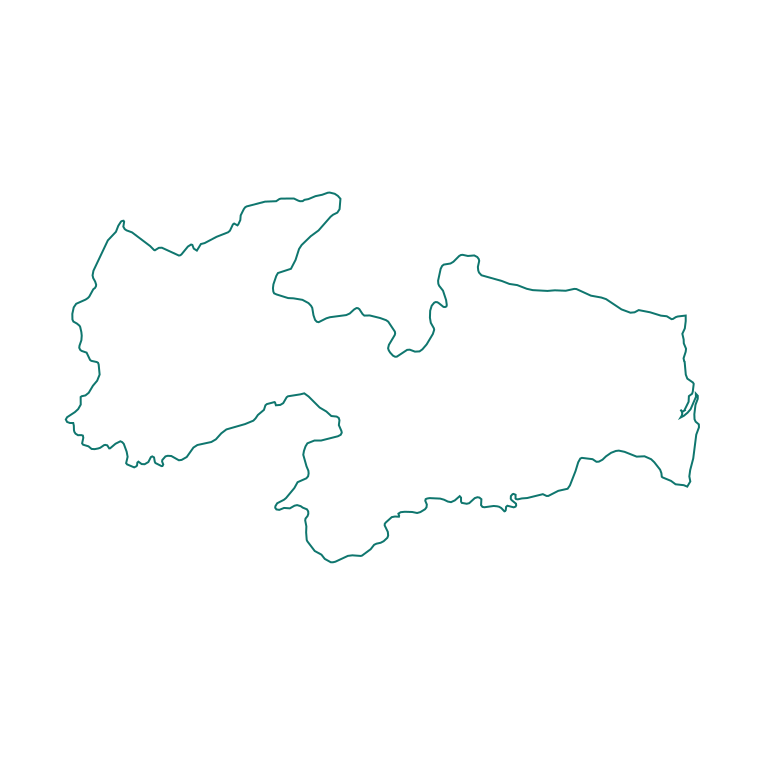 outline of Paraíba, rotated 7°
{"feature_id": "BRA-626", "entity_name": "Paraíba", "entity_type": "State", "adm_level": 1, "iso_a3": "BRA", "parent_name": "Brazil", "parent_adm1": "", "projection": "orthographic", "projection_center": [-36.992, -7.153], "detail": "fine", "context": "isolated", "style": "outline", "palette": "teal", "viewbox_px": 768, "rotation_deg": 7, "n_neighbors": 0, "source": "natural_earth", "source_scale": "10m", "svg_char_len": 6093}
<svg xmlns="http://www.w3.org/2000/svg" viewBox="0 0 768 768"><g transform="rotate(7 384 384)"><path d="M675.1,279.3L675.8,284.8L675.8,292.2L674.0,297.8L676.0,303.3L676.6,307.1L679.5,312.2L679.5,315.2L678.2,322.0L679.4,325.5L679.5,324.5L682.4,337.9L684.4,341.7L690.5,344.9L691.4,346.1L691.4,353.9L691.0,356.1L688.1,358.9L688.5,364.5L685.5,373.1L685.8,373.4L683.7,375.1L681.4,373.4L682.9,375.0L683.6,376.8L683.5,378.9L682.5,381.1L685.5,379.0L688.8,375.5L691.4,371.6L695.2,358.7L694.7,355.6L696.9,357.5L697.2,360.5L695.7,366.7L695.7,376.2L696.5,381.1L697.9,383.4L701.4,385.7L701.9,388.6L700.1,396.2L700.0,420.2L698.4,432.1L698.3,438.5L699.9,443.4L697.5,448.9L693.9,447.9L685.6,448.0L680.7,445.2L672.0,442.8L671.0,442.2L670.2,438.7L668.5,435.4L661.8,428.7L658.3,426.1L651.4,424.0L643.6,425.3L631.0,422.0L625.2,421.5L622.3,422.2L617.8,424.6L613.2,428.7L610.1,432.5L606.7,434.9L604.3,435.3L600.2,433.2L589.4,433.2L587.9,434.1L586.3,438.0L584.7,447.1L580.9,462.0L579.0,465.6L570.0,468.8L560.7,475.1L559.0,475.3L555.1,474.0L540.1,479.7L534.7,480.8L530.8,482.2L529.1,482.1L528.5,481.6L528.1,477.9L525.9,477.3L525.0,477.7L523.6,479.8L523.8,482.5L524.8,483.7L529.6,486.7L530.0,488.4L529.5,489.7L527.8,490.6L521.3,489.8L520.2,491.0L520.2,494.4L519.7,495.4L519.0,495.7L515.5,492.8L513.1,491.8L511.1,491.6L507.7,491.7L498.7,494.1L496.7,494.0L495.1,492.4L494.7,486.5L492.5,485.1L490.5,485.0L488.0,486.2L483.1,491.9L480.7,492.8L475.7,492.5L474.8,491.3L474.3,487.4L472.8,486.1L468.5,490.9L464.9,493.1L461.7,492.9L457.6,491.5L453.7,490.9L443.1,491.7L440.8,492.4L439.4,493.2L439.2,494.9L441.2,498.4L441.2,501.2L440.0,503.3L435.7,506.7L432.6,508.0L427.6,507.6L420.1,508.3L416.2,509.2L414.1,510.9L415.1,513.0L415.0,513.9L411.0,514.2L407.9,515.2L402.6,521.3L401.8,522.7L401.9,524.3L405.8,530.3L406.6,533.9L406.1,536.2L402.8,540.1L400.0,542.0L396.0,543.4L393.8,544.8L390.9,549.6L383.1,557.0L381.9,557.5L373.5,557.9L369.1,559.0L357.4,566.3L355.0,567.2L352.9,567.4L346.5,564.8L342.7,561.0L335.6,558.2L327.1,549.5L326.3,548.2L324.8,540.8L324.3,534.8L322.4,529.0L322.5,527.1L324.2,524.4L324.7,522.1L324.3,519.7L322.8,517.8L318.4,516.6L316.2,515.4L312.5,514.8L310.0,515.7L305.7,518.9L299.9,519.2L295.4,521.7L292.5,521.6L291.1,520.1L291.1,518.5L292.5,515.4L298.8,511.1L300.7,509.1L307.7,498.2L310.2,492.0L318.4,487.1L319.9,484.9L320.1,482.0L319.5,479.3L317.1,475.1L312.5,464.1L312.7,460.2L313.7,455.5L315.2,452.2L321.8,448.6L328.4,447.8L344.6,441.5L347.2,439.7L348.0,437.5L347.5,435.9L344.2,430.3L344.2,425.4L343.2,423.2L341.0,422.1L335.6,422.2L330.1,418.3L323.0,415.2L310.7,405.6L306.0,403.0L302.1,404.5L290.2,407.9L289.0,409.0L286.3,415.3L283.6,417.4L279.3,418.3L278.1,415.6L277.5,415.3L270.2,418.2L268.9,419.6L268.0,424.3L262.6,430.1L260.7,433.8L258.8,436.3L251.0,440.7L233.1,448.3L228.5,452.8L223.9,459.4L219.7,462.6L206.2,467.3L202.6,470.3L197.1,480.5L192.4,484.0L189.7,484.7L181.7,481.4L178.1,481.6L175.9,482.5L173.2,486.5L173.2,488.0L174.7,490.8L174.1,492.4L173.2,492.6L166.8,490.3L166.0,489.2L164.7,484.9L162.8,484.1L161.5,485.0L159.6,490.2L156.2,492.8L153.2,493.0L149.7,491.0L148.8,492.0L148.8,494.9L148.3,495.8L146.2,497.2L138.8,495.1L137.7,494.0L138.4,487.5L136.8,482.5L133.0,475.1L131.2,473.6L129.3,473.0L124.8,476.0L120.0,481.2L119.1,481.4L116.8,478.6L114.7,478.4L113.6,478.8L110.1,481.9L108.2,482.8L104.8,483.9L101.7,484.1L98.3,481.9L92.7,480.9L91.6,479.7L92.1,474.0L91.4,471.9L89.9,471.6L86.5,472.1L83.9,470.9L82.5,469.2L81.9,467.6L81.2,463.1L80.3,460.6L77.1,461.0L74.1,460.3L72.5,458.0L73.5,455.6L80.6,449.6L83.5,446.2L85.5,441.4L84.5,433.9L85.4,433.0L89.1,431.7L92.0,428.7L95.3,421.2L98.9,415.7L100.6,409.3L98.4,399.4L97.6,397.8L96.2,397.2L90.7,396.7L89.3,395.9L85.0,389.1L79.8,388.0L78.3,387.1L77.1,385.2L77.1,383.1L78.3,377.4L78.1,372.9L77.3,369.4L75.5,364.4L74.6,363.2L71.8,361.4L68.1,359.9L66.9,358.0L66.1,352.4L66.7,345.8L68.7,341.9L77.5,336.6L79.5,334.9L80.8,333.2L83.9,325.4L85.5,323.8L86.2,322.0L86.2,320.5L84.8,317.5L82.5,314.4L81.5,311.7L81.8,307.0L92.4,275.1L99.4,265.6L101.0,259.3L103.2,254.8L104.2,254.1L105.6,253.7L106.3,254.6L106.1,259.6L107.8,261.9L109.8,262.9L115.4,264.2L135.1,275.6L139.4,279.0L140.3,279.2L143.9,276.3L146.9,275.8L164.8,281.5L166.2,281.0L167.2,280.0L172.6,271.5L175.5,269.1L176.8,269.3L178.7,272.8L182.0,274.4L185.2,267.4L188.8,266.0L199.9,258.3L210.8,252.4L212.4,250.6L214.6,244.0L215.7,243.0L219.2,244.4L219.9,243.4L221.4,238.8L221.2,234.1L223.5,227.6L224.6,225.6L226.0,224.5L243.7,217.5L254.7,215.7L257.7,213.1L259.3,212.5L272.0,210.9L276.7,212.5L278.4,212.8L281.0,212.4L282.6,210.9L286.4,209.7L293.1,205.9L299.6,203.7L304.9,201.0L306.8,200.6L311.9,201.2L315.3,202.9L318.2,205.5L318.6,215.9L316.8,219.6L312.8,222.2L310.6,224.5L300.3,239.6L293.3,246.2L285.3,256.1L283.2,260.4L281.1,271.6L277.6,281.0L265.2,286.8L263.9,289.9L262.1,298.5L262.1,302.4L262.9,305.8L263.9,307.4L266.4,308.2L278.4,310.4L283.7,310.0L292.8,310.4L299.2,312.9L302.1,315.3L303.5,317.2L305.6,324.3L307.8,328.8L309.7,330.4L311.6,330.6L318.8,325.8L322.2,324.3L338.1,320.2L341.4,318.2L345.3,313.6L347.4,312.0L348.8,311.9L350.4,312.7L354.2,317.2L356.1,318.5L361.5,317.7L372.2,319.0L378.3,320.4L380.6,321.6L388.4,330.7L388.9,332.4L388.7,334.1L384.1,344.5L383.7,348.0L384.6,350.0L386.3,352.1L389.5,354.8L391.7,355.6L393.4,355.3L402.8,347.3L405.4,346.8L410.8,348.1L415.3,347.3L417.9,344.9L421.5,339.5L426.4,328.4L427.2,324.1L426.7,322.6L423.0,317.6L421.5,312.6L420.9,305.6L421.8,300.5L423.9,297.2L425.2,296.4L426.7,296.3L428.1,296.8L433.6,300.2L435.2,300.2L436.5,299.4L436.7,298.0L435.4,293.1L431.2,284.2L426.7,279.7L425.7,277.9L425.1,274.9L426.2,262.8L427.3,259.7L428.8,258.2L435.3,256.3L438.0,254.2L443.0,247.8L444.6,246.6L446.3,246.2L451.7,246.7L457.9,245.4L461.1,246.6L462.8,248.4L463.5,250.2L462.9,256.4L463.7,259.8L464.7,261.8L467.5,264.2L488.4,267.4L496.3,269.4L504.2,269.6L514.1,272.1L520.2,272.7L534.9,271.7L542.1,270.2L553.0,269.3L561.3,266.4L563.4,266.3L578.6,271.1L589.2,271.7L594.1,272.7L610.6,281.0L619.9,283.2L624.0,282.3L627.8,279.6L639.4,280.4L650.5,282.4L656.4,282.3L661.5,284.6L662.9,284.2L665.4,282.1L667.3,281.2L675.1,279.3Z" fill="none" stroke="#0f766e" stroke-width="2"/></g></svg>